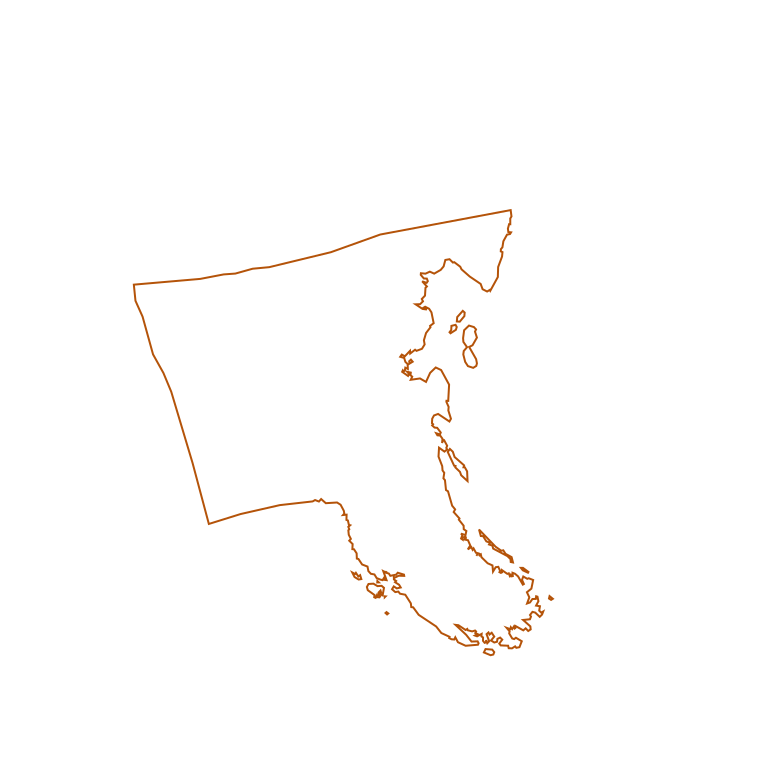 Fakfak, Papua Barat, Indonesia, rotated 215°
{"feature_id": "22746128B79106566109504", "entity_name": "Fakfak", "entity_type": "district", "adm_level": 2, "iso_a3": "IDN", "parent_name": "Indonesia", "parent_adm1": "Papua Barat", "projection": "mercator", "projection_center": [132.521, -3.203], "detail": "fine", "context": "isolated", "style": "outline", "palette": "amber", "viewbox_px": 768, "rotation_deg": 215, "n_neighbors": 0, "source": "geoboundaries", "source_scale": "gbopen_adm2", "svg_char_len": 6180}
<svg xmlns="http://www.w3.org/2000/svg" viewBox="0 0 768 768"><g transform="rotate(215 384 384)"><path d="M645.9,321.9L635.3,309.6L620.4,300.7L590.2,275.8L571.0,266.5L553.8,255.6L495.4,209.4L447.2,168.9L426.9,195.2L399.9,225.0L375.1,246.9L373.9,249.4L369.9,250.4L369.5,253.7L363.3,253.0L354.5,260.0L350.3,260.2L344.2,257.1L342.2,255.1L342.4,253.2L339.7,255.5L336.8,251.1L335.3,251.5L332.0,248.5L330.7,248.9L331.3,246.5L329.1,245.1L329.3,243.7L326.4,240.3L322.3,238.1L322.6,235.7L317.9,234.9L315.2,230.6L313.8,231.4L309.3,229.6L306.1,225.4L304.6,226.0L298.4,223.6L292.8,225.0L289.5,221.8L285.9,221.0L282.6,222.5L278.7,220.8L274.8,221.7L272.7,222.5L272.8,225.4L271.4,223.8L269.4,224.8L277.3,230.3L274.5,230.7L274.5,232.1L274.0,230.6L271.3,231.5L268.8,230.5L264.7,234.8L264.5,237.3L258.3,239.3L257.4,238.4L262.0,235.4L264.1,231.5L265.4,231.8L263.8,229.6L261.1,229.6L261.3,228.0L256.5,228.2L253.6,226.9L256.3,223.9L259.9,223.8L259.7,220.5L255.4,220.0L253.2,222.2L250.6,221.4L245.7,223.6L236.2,219.7L233.7,216.9L232.0,217.8L223.2,214.8L202.2,215.3L194.2,212.9L185.3,214.5L184.9,213.3L182.3,213.6L179.9,215.0L180.3,217.4L175.3,214.9L167.0,216.4L157.5,224.3L157.8,225.9L159.7,226.9L164.6,223.2L172.9,225.7L187.3,227.7L184.7,229.1L176.1,229.3L175.3,231.1L174.2,230.3L169.9,231.9L168.0,234.3L166.6,234.1L166.4,232.4L164.0,232.8L165.3,230.1L163.0,230.7L160.7,235.3L159.4,233.1L157.5,233.2L155.6,230.4L153.1,229.7L152.3,230.8L153.4,232.8L150.7,230.9L150.3,233.6L156.5,237.9L155.9,240.4L153.9,239.3L153.1,242.0L148.8,240.3L149.2,235.3L145.4,235.5L143.6,237.7L144.9,240.3L143.4,242.9L140.5,242.4L140.7,237.5L138.5,236.8L132.2,240.8L130.3,239.1L127.5,240.9L126.1,244.3L124.3,243.8L122.1,246.1L123.6,252.3L130.4,251.8L131.1,249.7L133.0,249.1L138.4,251.5L139.2,253.4L143.7,254.6L139.9,255.6L140.6,257.5L138.4,256.8L138.5,259.9L136.7,258.7L136.4,259.5L137.4,261.2L128.6,262.1L127.8,265.1L124.2,264.4L123.1,267.1L125.1,269.4L134.7,270.5L129.5,275.0L130.2,277.8L131.9,278.5L131.7,282.5L129.0,283.5L122.9,282.6L122.3,285.8L123.1,289.0L124.1,286.9L126.9,287.4L128.8,291.4L132.3,289.7L132.9,294.6L136.3,297.8L137.6,297.4L136.4,295.0L139.1,293.0L139.1,288.8L140.9,286.3L142.6,292.6L147.5,295.4L145.9,300.9L149.4,309.0L154.0,307.9L154.9,306.6L159.5,306.2L158.6,302.7L154.7,300.4L155.2,299.3L163.8,303.3L167.9,303.7L170.4,303.1L168.3,300.5L169.4,299.4L170.8,300.4L170.9,298.9L173.2,300.5L174.1,299.2L180.6,299.2L179.3,297.4L179.9,296.3L181.5,296.1L181.7,297.5L185.5,299.8L187.4,298.0L187.1,292.9L191.1,297.6L196.3,296.6L204.8,298.0L206.9,299.9L207.5,297.5L207.5,299.8L209.8,299.3L209.8,296.2L209.8,299.3L211.9,298.5L216.3,300.7L216.3,299.0L218.9,300.5L220.5,296.6L220.7,301.2L225.6,304.2L229.3,302.6L228.6,304.9L229.7,305.7L232.0,302.8L230.7,301.6L232.2,301.6L233.1,305.2L235.1,305.6L230.6,307.0L232.2,310.8L235.4,310.8L237.5,313.6L244.9,315.8L245.0,317.1L253.5,319.1L253.8,322.1L258.4,323.4L270.0,332.8L272.4,332.7L278.9,340.2L281.2,340.8L283.7,345.8L286.5,346.8L289.2,350.1L297.7,355.8L302.4,363.4L295.7,363.3L294.8,366.6L296.3,367.4L296.8,369.6L302.6,372.5L303.4,372.1L302.6,369.0L304.7,372.7L308.4,374.0L310.8,372.6L313.0,373.6L309.2,374.8L309.7,376.8L315.3,378.6L317.6,377.3L320.8,377.7L320.7,379.2L322.2,379.4L324.6,383.2L325.0,386.9L322.5,390.5L308.9,390.8L309.2,393.9L316.1,399.2L317.9,402.3L322.7,405.2L323.2,406.1L321.7,407.0L330.3,420.8L345.2,428.2L351.1,427.2L352.6,419.6L350.8,409.8L357.7,409.2L364.5,402.8L365.1,406.2L367.4,406.4L368.6,408.7L372.0,407.3L369.1,406.5L368.9,404.4L376.1,404.4L376.4,406.0L375.2,405.6L374.6,406.9L375.9,409.6L373.1,410.0L376.1,413.9L379.2,414.4L382.4,416.9L386.3,415.6L386.3,418.3L382.8,418.7L381.7,426.1L380.0,424.0L378.2,429.9L376.4,429.8L373.1,434.6L373.4,439.7L376.4,442.7L378.8,449.9L378.5,457.2L379.6,458.0L378.2,462.3L386.2,469.9L390.2,471.5L394.6,470.9L395.3,469.3L391.6,469.6L395.5,467.6L403.8,467.4L400.2,470.1L399.5,474.1L401.8,475.3L401.1,479.9L405.2,486.6L404.8,488.5L411.6,490.0L407.1,491.3L407.1,493.4L409.4,494.9L411.9,493.3L416.5,494.5L417.3,495.9L413.3,498.2L410.9,502.3L406.2,503.2L403.0,510.0L402.6,514.5L404.9,520.8L401.9,523.8L397.2,523.0L396.3,524.1L388.8,523.8L386.3,522.4L375.4,521.2L362.2,521.4L357.6,518.2L352.6,518.9L351.3,521.8L350.4,521.3L352.1,536.9L357.6,545.3L360.4,556.1L362.6,560.0L364.4,559.6L365.6,561.5L365.4,563.9L368.1,569.4L368.9,576.9L366.8,579.1L366.9,581.1L369.3,579.8L371.6,582.3L373.2,586.7L372.2,587.3L375.5,592.0L375.7,594.4L380.0,599.1L472.8,504.3L503.1,461.5L545.0,413.9L557.7,403.1L569.1,389.2L578.2,381.8L594.8,364.7L645.9,321.9ZM325.5,446.8L320.2,448.4L318.8,451.7L319.7,454.2L322.8,457.2L335.5,463.2L333.7,466.5L334.5,475.3L339.5,479.1L339.9,481.5L343.0,482.2L347.9,480.6L349.2,474.0L345.5,466.9L343.1,464.0L337.1,461.8L337.6,456.8L336.0,453.7L330.2,448.7L325.5,446.8ZM268.4,353.5L259.9,352.4L265.8,360.1L270.0,362.1L271.1,361.4L271.7,363.3L284.3,364.7L288.8,368.0L292.8,368.6L292.8,364.9L279.7,357.3L278.4,357.9L277.8,356.6L271.4,355.6L268.4,353.5ZM279.0,205.8L270.7,205.7L269.7,203.7L268.2,204.0L268.7,206.9L267.2,205.6L265.4,206.6L265.4,208.0L267.1,208.0L268.8,210.3L268.4,212.8L266.7,211.5L267.3,210.0L263.9,210.1L267.1,217.0L270.2,217.3L273.4,214.7L278.1,214.4L282.0,211.3L281.6,207.9L279.0,205.8ZM179.9,313.1L178.1,310.9L176.0,311.8L180.2,315.4L187.0,314.6L190.9,316.2L192.3,314.7L199.2,314.7L222.7,319.3L217.5,315.0L215.6,316.2L209.9,313.8L206.0,314.8L205.9,312.8L202.5,313.8L200.2,311.8L184.2,313.8L179.9,313.1ZM143.0,228.5L148.8,225.1L148.2,221.4L141.1,223.0L139.3,225.1L139.9,227.6L143.0,228.5ZM361.4,489.1L362.4,480.8L360.2,477.0L357.7,478.5L357.1,485.7L358.9,488.8L361.4,489.1ZM359.3,473.5L362.1,470.3L359.9,466.8L360.0,464.0L358.6,463.7L356.2,469.6L357.1,472.4L359.3,473.5ZM297.4,209.0L292.6,209.3L290.7,211.2L293.9,213.7L294.6,211.6L298.7,213.2L298.7,211.8L301.9,211.4L297.4,209.0ZM166.4,311.9L163.4,311.0L157.8,312.0L157.9,312.9L164.7,313.1L166.4,311.9ZM375.9,419.4L376.4,417.1L374.8,415.3L373.3,418.7L375.9,419.4ZM123.3,303.0L122.5,304.9L126.7,305.2L125.8,302.9L123.3,303.0ZM251.1,198.6L251.4,197.3L249.3,197.0L248.9,198.5L251.1,198.6ZM276.4,218.8L275.7,217.6L274.5,218.5L276.4,218.8ZM260.9,210.9L261.6,210.5L261.1,209.8L260.9,210.9Z" fill="none" stroke="#b45309" stroke-width="2"/></g></svg>